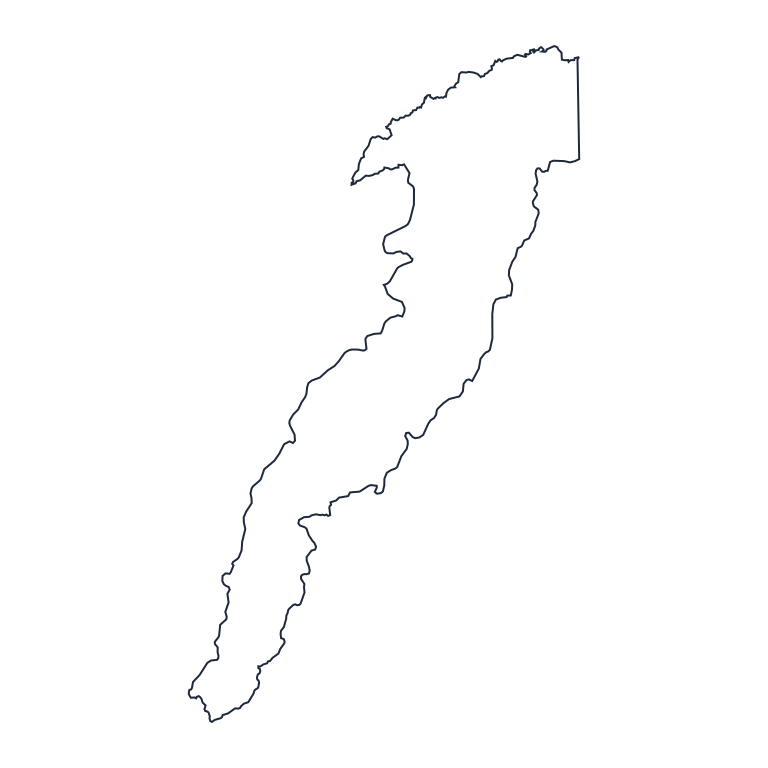 the district of São Paulo de Olivença, Amazonas, Brazil
{"feature_id": "56859067B25364634126216", "entity_name": "São Paulo de Olivença", "entity_type": "district", "adm_level": 2, "iso_a3": "BRA", "parent_name": "Brazil", "parent_adm1": "Amazonas", "projection": "orthographic", "projection_center": [-69.469, -4.737], "detail": "fine", "context": "isolated", "style": "outline", "palette": "slate", "viewbox_px": 768, "rotation_deg": 0, "n_neighbors": 0, "source": "geoboundaries", "source_scale": "gbopen_adm2", "svg_char_len": 6033}
<svg xmlns="http://www.w3.org/2000/svg" viewBox="0 0 768 768"><path d="M577.5,59.5L578.6,57.9L578.3,57.3L574.7,58.1L574.2,60.1L570.4,60.2L568.6,61.9L568.0,60.0L564.9,60.3L561.9,59.7L561.5,52.7L558.4,49.6L557.2,47.2L555.0,46.3L554.1,46.1L546.6,49.5L546.4,51.0L545.0,51.8L541.9,51.5L543.6,50.5L543.6,49.6L541.5,47.3L540.6,47.3L538.9,48.8L538.7,50.0L536.1,50.3L534.0,52.5L533.4,52.0L534.5,50.0L534.1,49.3L532.7,49.7L532.7,50.4L530.3,50.1L529.8,51.8L530.7,53.1L528.2,54.5L525.8,53.9L525.0,54.5L526.1,56.4L525.4,56.9L517.2,54.8L513.8,56.4L513.0,57.9L506.5,58.7L503.0,60.3L501.9,61.5L500.6,60.8L499.6,59.3L498.3,59.6L497.5,61.5L496.7,61.9L495.3,60.9L493.6,65.3L491.4,66.1L492.0,69.0L491.5,70.0L489.4,70.7L487.3,73.1L485.0,73.9L484.0,76.1L481.2,76.5L480.8,77.1L477.5,73.9L473.4,72.5L468.5,71.9L466.5,72.5L461.4,72.2L459.3,74.0L458.2,82.3L456.1,83.5L454.5,86.0L454.3,86.7L454.9,87.3L450.9,87.6L448.3,89.5L446.6,92.5L445.9,96.7L444.9,96.4L443.0,97.8L441.5,97.3L439.4,97.9L437.4,97.1L435.8,97.6L435.5,98.5L434.5,98.2L433.4,98.9L430.2,96.8L430.1,95.2L428.0,95.2L427.1,95.7L425.9,98.0L425.4,97.3L424.7,98.2L423.9,102.8L422.0,104.4L421.1,107.5L419.8,107.0L419.2,107.7L417.4,107.6L416.1,110.1L413.0,110.4L412.3,112.5L410.7,113.2L410.2,114.7L408.4,115.7L405.5,115.7L403.7,117.6L400.1,117.7L398.9,119.6L397.4,120.3L395.6,120.1L392.7,118.7L390.8,122.1L390.7,123.7L389.2,124.1L387.9,126.2L386.2,126.8L386.7,128.2L389.6,129.3L391.6,135.2L387.3,139.2L384.8,138.3L383.3,138.9L379.1,136.3L377.3,136.4L375.2,137.6L372.6,137.1L370.7,139.0L368.5,145.9L364.2,151.5L363.6,153.9L364.0,156.9L361.2,158.3L360.3,160.4L358.9,164.0L358.3,170.0L355.5,172.4L353.0,177.0L352.3,178.7L353.3,180.4L353.3,182.0L351.7,182.7L351.5,184.8L355.5,183.4L356.6,181.2L360.0,180.4L365.7,175.7L369.5,175.9L373.1,174.9L374.6,173.8L378.3,173.5L379.3,171.7L382.5,170.5L384.0,169.2L384.4,167.5L388.7,168.3L390.4,169.4L392.1,169.3L395.6,167.7L398.4,167.6L398.5,164.8L402.2,165.2L404.0,164.3L409.5,173.1L407.9,180.1L408.3,182.8L413.1,186.4L414.0,188.9L413.9,204.6L410.0,219.9L408.7,222.7L407.6,224.5L405.3,226.1L386.7,235.3L385.0,236.8L383.1,244.2L384.7,250.7L385.8,252.3L387.5,253.2L393.5,253.4L396.2,252.0L400.3,251.4L403.5,253.6L406.5,253.4L409.6,256.0L411.0,258.2L412.4,258.8L412.2,260.6L411.2,261.8L403.0,264.8L398.4,267.2L397.1,268.5L389.8,281.4L386.9,283.9L383.8,284.9L385.0,286.6L387.7,294.0L393.2,298.6L401.9,301.9L404.6,308.0L404.4,311.2L402.3,316.5L397.5,315.2L396.2,316.1L390.3,317.7L386.0,321.2L384.4,323.4L382.2,330.5L380.7,333.4L374.0,333.9L367.4,336.0L365.7,338.3L365.4,339.9L366.5,348.8L364.7,350.3L363.0,350.6L358.2,349.6L351.9,349.5L349.3,350.1L346.1,351.8L344.5,353.1L338.8,361.2L334.5,366.0L327.8,370.3L319.8,377.6L311.8,380.5L308.4,383.2L307.2,387.0L306.4,393.9L305.2,397.0L301.6,402.3L298.1,409.6L293.2,414.5L289.7,420.4L289.3,423.0L289.9,425.4L294.5,434.5L295.0,440.7L293.0,443.0L289.5,441.4L284.1,444.2L279.4,453.5L274.5,460.6L264.2,469.3L261.0,478.8L259.9,480.4L253.0,486.3L251.6,488.5L250.5,493.5L251.5,498.2L251.7,503.1L246.1,511.7L243.7,517.4L243.8,522.0L245.3,529.0L242.2,541.7L241.6,550.3L238.8,557.3L237.4,559.0L233.2,561.8L232.2,563.8L233.5,565.5L230.7,572.4L229.6,573.8L225.5,573.4L222.6,575.9L222.3,580.9L223.8,584.1L225.8,585.8L228.7,587.0L229.7,589.7L227.4,593.8L228.6,602.5L225.3,611.9L226.7,616.8L226.3,619.3L220.2,624.8L219.1,635.6L218.3,637.5L214.8,641.8L214.9,644.0L217.7,647.4L217.6,652.2L218.5,656.0L218.2,658.4L216.9,659.9L211.0,660.5L207.3,662.9L199.7,674.9L193.0,682.0L192.0,687.8L191.2,689.4L189.4,689.9L188.9,691.6L188.8,694.2L190.8,697.7L194.6,697.5L196.1,698.3L196.8,696.8L198.7,696.1L200.2,697.2L201.5,698.9L202.6,702.6L205.6,705.4L204.4,709.2L205.3,711.1L207.1,711.4L208.6,712.6L209.8,716.3L209.5,718.4L210.3,721.0L211.9,721.9L215.0,719.8L220.7,718.2L222.1,717.0L222.6,715.1L228.1,713.4L235.0,708.4L238.4,708.6L240.1,707.9L241.2,706.0L244.0,703.6L248.3,702.2L253.7,693.3L254.1,691.2L255.3,689.6L257.6,688.3L258.4,686.8L259.1,682.7L258.6,680.6L257.3,679.5L256.9,677.7L257.8,674.5L259.7,673.2L260.3,670.7L259.9,669.1L258.4,668.2L258.3,666.3L260.3,666.5L263.4,664.4L267.1,663.3L268.0,661.4L270.0,661.0L272.6,657.8L278.4,653.6L280.2,649.0L284.3,643.3L284.6,641.5L283.8,639.1L281.1,638.2L280.6,633.9L281.0,630.8L283.9,627.0L286.2,618.7L286.3,615.7L287.6,613.2L288.1,610.4L289.2,608.7L293.2,605.0L295.2,604.3L296.9,605.2L299.5,604.8L300.6,603.5L304.5,592.6L304.0,587.0L304.4,584.0L301.1,579.0L301.0,576.5L301.9,575.0L304.2,574.1L306.5,574.2L309.0,573.4L309.7,570.6L308.9,566.6L306.7,560.7L306.6,557.1L311.5,550.6L315.2,549.5L316.1,546.8L314.3,542.8L312.6,541.1L308.8,535.3L306.6,528.9L305.1,527.4L299.9,525.5L298.4,523.4L299.0,520.1L304.0,517.2L309.4,516.8L311.7,515.3L315.9,514.3L320.7,515.2L322.2,514.6L324.7,515.3L326.5,514.6L328.1,515.9L330.2,515.1L329.3,507.6L329.8,506.0L331.1,504.8L330.5,502.3L336.2,500.5L339.1,497.6L348.1,496.1L350.1,492.4L359.7,491.6L368.4,485.9L370.9,485.1L376.7,485.8L376.8,487.6L374.8,491.9L376.8,493.7L380.9,493.1L382.9,491.4L384.3,485.3L384.4,478.7L386.8,472.8L390.9,470.2L395.6,468.4L397.2,467.0L401.4,456.1L406.7,448.9L407.8,444.2L407.6,440.6L405.2,436.1L406.2,433.0L408.9,432.7L412.7,437.1L415.3,438.2L419.5,437.4L423.2,434.9L428.3,423.7L430.6,420.3L434.0,418.0L436.1,414.8L436.7,410.8L437.7,408.7L443.3,403.3L449.0,399.1L459.5,396.4L462.9,391.4L463.6,383.8L466.4,380.1L468.9,379.4L472.2,381.0L478.8,368.6L480.5,358.9L484.4,353.8L486.5,352.0L488.2,351.5L489.9,349.8L492.4,338.2L492.3,314.0L493.4,304.3L495.9,299.5L501.0,297.7L506.6,297.1L507.3,295.6L510.8,295.5L512.0,289.6L512.2,284.3L508.9,275.5L509.1,270.2L512.3,261.7L515.5,256.9L517.7,248.2L521.0,246.7L522.1,245.5L524.2,240.5L529.0,238.4L531.2,233.6L533.4,230.8L535.3,225.4L535.4,221.9L538.7,213.5L538.3,209.8L533.9,206.4L532.8,203.0L533.1,201.1L537.0,195.0L536.6,192.9L534.5,190.2L534.5,188.0L536.7,184.7L537.4,181.5L535.6,173.7L536.1,170.2L537.5,168.4L539.6,168.4L542.1,171.6L544.0,171.9L545.6,170.9L547.7,170.8L550.1,162.0L553.3,160.7L564.2,161.1L570.0,162.4L574.8,161.2L579.2,159.1L577.5,59.5Z" fill="none" stroke="#1e293b" stroke-width="2"/></svg>